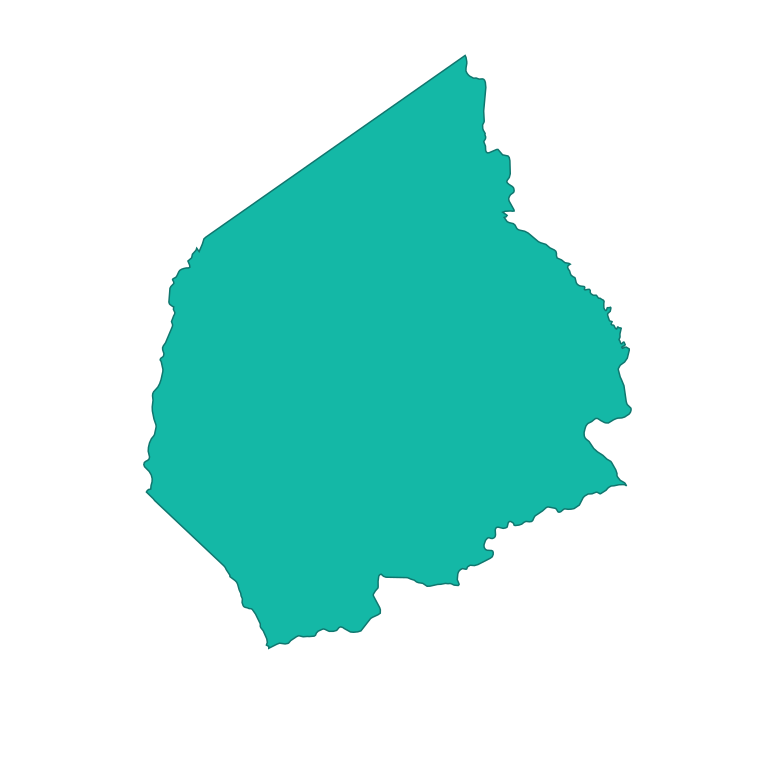 the border of Western, rotated 55°
{"feature_id": "ZMB-523", "entity_name": "Western", "entity_type": "Province", "adm_level": 1, "iso_a3": "ZMB", "parent_name": "Zambia", "parent_adm1": "", "projection": "mercator", "projection_center": [24.246, -15.661], "detail": "fine", "context": "isolated", "style": "filled", "palette": "teal", "viewbox_px": 768, "rotation_deg": 55, "n_neighbors": 0, "source": "natural_earth", "source_scale": "10m", "svg_char_len": 6170}
<svg xmlns="http://www.w3.org/2000/svg" viewBox="0 0 768 768"><g transform="rotate(55 384 384)"><path d="M165.3,459.5L169.5,459.5L165.1,452.4L161.8,448.2L161.5,445.4L161.4,129.1L163.6,129.5L167.4,131.3L168.9,132.3L172.0,135.4L174.5,137.3L176.6,137.7L178.7,137.7L180.8,137.3L184.9,135.2L186.2,133.0L188.8,131.2L190.5,128.4L191.5,127.6L192.9,127.4L195.1,128.0L199.5,130.5L217.6,145.8L226.1,151.1L226.8,151.8L228.3,154.6L231.4,156.6L233.2,157.1L236.7,157.4L237.8,158.4L240.0,159.0L241.3,160.2L242.7,163.3L247.3,164.4L250.9,166.7L252.5,167.1L253.9,166.8L254.8,165.4L256.5,157.2L257.2,156.1L264.3,155.4L268.4,151.6L270.3,151.5L273.3,152.8L284.2,160.0L286.7,162.9L287.8,166.1L288.7,167.4L290.0,167.6L292.2,167.1L296.1,165.5L297.8,165.4L298.9,165.8L300.4,166.6L301.1,167.4L301.4,168.1L301.5,171.6L301.9,172.9L303.2,175.1L304.2,175.9L306.1,176.6L315.7,177.6L316.9,178.1L316.4,179.3L314.7,181.3L312.0,185.7L311.4,188.2L316.5,186.4L317.1,188.0L316.5,190.0L321.6,190.0L323.6,188.9L326.8,186.1L328.9,185.5L332.9,186.0L334.5,185.5L335.8,184.6L339.6,181.1L343.1,179.3L355.9,175.9L358.1,174.7L362.5,171.3L367.6,170.0L371.9,167.6L373.9,167.1L375.9,167.8L377.9,169.2L380.1,169.9L384.2,167.4L388.4,166.2L391.3,163.3L392.7,162.7L392.6,165.2L393.6,166.6L395.4,167.1L397.8,167.1L400.4,168.0L402.3,168.3L405.1,167.4L406.1,166.7L406.9,166.7L411.0,168.3L412.4,168.5L413.6,168.3L414.9,167.9L416.4,166.9L418.9,164.2L419.4,164.0L420.0,164.1L421.5,165.6L422.3,165.3L423.6,162.4L424.4,161.4L425.6,161.4L427.4,162.6L429.2,162.6L431.5,161.5L432.9,159.3L433.6,159.1L436.3,159.1L436.9,158.9L437.7,157.8L439.5,157.1L441.2,156.2L442.5,156.3L444.4,158.0L447.7,160.2L449.1,160.5L450.8,160.4L451.2,159.9L451.1,159.3L449.7,157.6L449.7,157.1L450.7,155.6L451.0,154.5L451.5,154.4L452.3,154.9L454.2,157.0L454.6,160.2L455.2,160.9L456.3,161.5L461.0,162.9L462.2,162.7L463.5,161.5L463.8,161.4L464.9,163.2L465.4,163.6L466.2,163.5L467.5,162.2L468.2,162.1L470.8,162.5L472.1,162.2L472.4,161.8L471.3,160.0L471.5,159.6L472.7,159.3L473.9,157.9L474.4,157.7L478.4,162.1L480.9,163.7L482.5,166.1L484.0,166.1L486.6,166.8L487.1,166.6L487.4,166.1L487.0,164.2L487.1,163.6L487.5,163.3L490.2,163.9L490.4,164.7L490.1,167.7L490.2,168.1L490.7,168.3L491.6,168.1L492.1,165.5L492.7,164.4L495.9,163.0L497.0,163.7L502.4,169.9L504.0,174.3L504.1,179.7L505.8,183.2L506.5,183.8L513.8,186.5L516.3,186.9L523.0,188.4L537.0,195.5L539.2,196.3L540.5,196.5L545.3,195.6L546.1,195.9L547.1,196.6L548.4,198.2L549.2,200.2L549.1,205.7L548.2,208.6L546.1,212.0L545.6,213.4L545.0,216.3L544.6,222.6L543.0,224.7L542.0,225.5L538.3,227.4L534.9,228.7L533.7,230.2L533.6,231.7L533.9,235.4L533.3,239.5L533.6,241.0L534.3,242.8L535.8,244.8L538.4,247.8L539.5,248.6L541.4,249.7L543.2,250.2L545.3,250.0L548.7,249.0L557.1,249.2L561.9,248.1L568.0,245.6L573.4,244.5L577.5,242.6L579.2,242.6L587.3,243.4L591.0,244.5L592.6,245.7L594.5,246.0L598.5,245.7L602.0,244.0L603.4,243.5L606.6,243.7L604.7,244.5L603.5,245.9L601.3,249.3L599.3,254.0L597.9,256.3L597.6,258.4L597.7,260.4L598.4,263.0L598.1,269.4L597.9,270.0L595.2,271.3L594.3,272.2L593.3,276.5L591.2,279.9L590.9,283.8L591.3,286.0L595.2,293.4L595.1,299.7L593.9,302.4L592.2,305.1L589.9,307.6L589.7,308.9L590.0,312.6L589.4,314.2L588.5,314.8L585.4,314.6L584.1,315.0L578.6,320.3L578.3,322.2L578.9,327.0L578.7,335.8L579.4,337.6L581.1,340.4L581.3,341.9L580.3,343.9L578.0,346.5L577.6,348.4L577.8,351.5L577.0,354.3L575.2,357.7L574.4,358.4L572.6,357.9L572.0,357.9L569.5,358.9L568.7,359.9L568.6,360.6L568.9,361.8L571.8,365.1L571.7,366.8L570.6,369.2L566.6,372.7L566.1,374.0L566.3,375.2L567.2,376.5L571.6,379.2L572.8,380.6L573.1,382.0L572.8,383.7L571.8,385.0L570.1,386.1L569.6,387.6L570.3,390.5L572.9,394.1L573.9,394.9L575.2,395.6L576.7,395.8L578.1,395.6L579.3,394.9L582.1,391.4L583.2,390.8L584.5,391.1L586.2,392.3L587.6,394.4L587.7,396.7L585.8,410.6L584.6,414.1L581.9,417.3L581.7,420.1L582.0,421.0L582.9,422.2L582.9,422.8L582.3,423.6L580.2,425.6L579.9,427.9L580.4,430.3L581.8,432.4L586.3,436.2L590.8,437.2L591.4,437.6L591.6,438.8L589.0,441.9L586.3,443.4L585.3,444.3L584.3,446.1L582.6,448.0L580.6,452.4L579.0,454.9L576.0,462.2L574.4,464.7L569.5,466.6L566.4,469.8L564.8,470.9L562.1,471.7L559.1,474.0L556.9,475.3L555.9,476.1L543.4,493.2L541.2,494.7L538.2,495.4L537.8,496.5L538.1,498.0L538.8,498.9L542.2,502.0L546.6,505.0L547.6,505.9L548.6,509.9L550.1,513.3L550.8,513.9L551.6,514.2L564.7,515.8L566.9,516.5L569.6,518.5L569.6,521.2L568.5,527.4L568.4,529.5L573.0,544.5L572.0,547.6L569.9,551.3L567.9,553.7L561.4,556.9L560.2,557.2L558.1,558.7L557.7,560.6L558.6,563.6L558.6,564.4L557.6,567.2L555.3,570.6L554.5,571.2L551.1,573.1L550.1,573.9L549.6,574.9L548.7,579.7L549.2,582.2L550.5,584.2L550.5,585.8L548.0,590.1L546.8,591.6L544.7,595.2L541.3,598.2L540.8,600.5L540.7,607.6L541.5,610.8L541.3,611.7L540.2,614.1L536.4,618.2L535.7,621.0L534.4,630.0L532.9,628.9L530.4,630.1L528.8,627.8L525.5,626.2L516.9,624.5L512.9,624.7L511.6,624.4L509.5,622.9L498.8,621.2L493.2,621.2L492.0,621.6L490.5,623.4L489.1,624.2L487.2,625.9L485.9,626.5L484.7,626.5L481.6,625.6L478.7,623.2L475.6,622.6L473.2,621.4L469.5,620.7L464.2,618.8L461.9,618.4L459.7,618.7L453.5,620.7L452.1,619.9L445.5,619.7L443.2,619.3L440.9,619.5L348.0,638.7L345.7,638.8L336.2,640.6L335.5,639.0L335.4,637.3L336.3,635.4L333.5,633.0L331.1,630.1L328.6,628.2L324.9,626.8L320.9,626.5L314.4,627.6L312.3,627.0L310.8,625.3L310.7,623.4L311.0,621.4L310.6,619.3L309.3,617.9L303.8,615.7L300.8,613.3L297.7,609.8L295.4,605.9L294.4,602.3L293.7,600.9L288.4,595.2L286.6,594.2L280.7,592.5L273.2,589.2L269.8,587.0L264.8,582.5L260.9,580.4L259.3,579.0L258.2,577.1L256.8,571.0L255.0,567.5L252.5,564.1L246.9,558.0L245.2,556.7L237.7,553.6L236.1,553.6L235.4,553.1L234.9,551.9L234.9,549.7L234.6,548.6L233.0,546.9L229.1,545.7L227.3,544.6L226.2,542.9L224.9,539.3L215.8,524.8L214.9,523.7L213.7,523.0L211.0,522.3L207.5,517.2L206.7,515.5L205.5,514.3L202.1,513.7L200.1,512.0L199.2,512.7L196.2,513.7L195.2,513.8L193.5,513.2L182.8,504.4L181.9,502.6L181.1,498.5L179.7,497.7L177.3,497.4L176.8,496.5L177.2,493.3L176.5,491.4L174.4,487.8L173.8,486.2L173.9,484.0L174.6,481.6L175.6,479.3L176.8,477.6L177.0,476.0L175.0,475.0L170.8,474.1L170.3,469.2L167.8,466.5L166.6,461.3L165.3,459.5Z" fill="#14b8a6" stroke="#0f766e" stroke-width="1.5"/></g></svg>